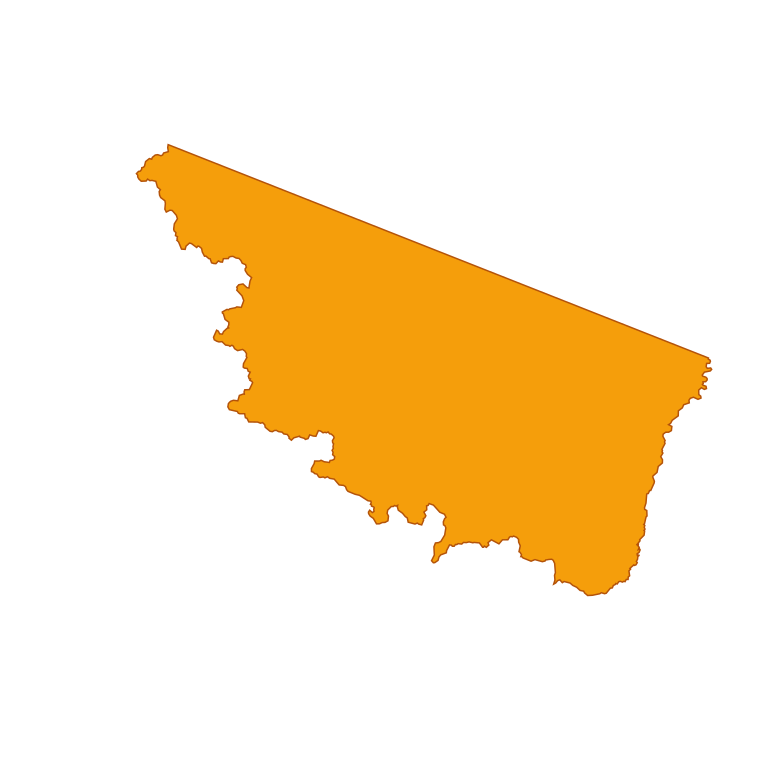 outline of Minas, Neuquén, Argentina, rotated 290°
{"feature_id": "61730980B83273988840504", "entity_name": "Minas", "entity_type": "district", "adm_level": 2, "iso_a3": "ARG", "parent_name": "Argentina", "parent_adm1": "Neuquén", "projection": "robinson", "projection_center": [-70.936, -36.758], "detail": "fine", "context": "isolated", "style": "filled", "palette": "amber", "viewbox_px": 768, "rotation_deg": 290, "n_neighbors": 0, "source": "geoboundaries", "source_scale": "gbopen_adm2", "svg_char_len": 6144}
<svg xmlns="http://www.w3.org/2000/svg" viewBox="0 0 768 768"><g transform="rotate(290 384 384)"><path d="M535.1,99.3L532.2,99.9L528.6,101.9L525.7,97.9L523.4,97.6L522.2,96.3L522.1,92.9L520.9,90.7L517.7,88.8L515.8,88.8L515.6,86.4L511.5,83.9L506.9,84.4L505.5,83.9L504.4,82.4L502.8,82.8L500.7,82.2L499.8,80.6L497.0,79.4L496.0,81.2L494.4,81.7L492.8,83.5L491.5,86.5L493.4,91.1L495.7,91.8L495.0,94.4L496.0,96.4L496.4,100.3L491.6,103.7L490.1,107.4L488.0,106.9L484.7,108.5L482.8,110.4L481.2,115.5L478.9,116.8L473.3,118.3L471.1,120.6L474.1,123.4L474.6,125.7L471.5,131.2L468.6,133.4L462.8,132.2L457.6,133.4L456.1,134.4L455.1,136.7L452.1,137.3L451.8,139.6L450.1,139.7L449.4,140.4L448.3,140.1L447.2,142.4L441.5,147.6L442.5,151.1L445.8,150.8L449.9,153.0L450.1,155.0L448.2,161.3L450.0,162.0L450.1,163.2L449.0,166.2L445.8,168.2L442.7,171.6L443.3,172.9L441.9,176.5L442.2,177.8L438.9,180.5L439.0,182.8L439.6,184.9L443.0,186.3L442.7,188.5L443.3,190.5L446.8,190.2L448.6,194.8L450.2,195.0L451.3,196.3L452.3,198.4L451.8,201.9L452.4,204.8L451.2,207.2L449.0,209.5L448.8,213.1L446.6,214.7L444.8,214.1L443.1,214.8L440.4,218.3L438.7,223.2L434.9,222.9L428.0,224.2L427.7,222.2L429.8,217.3L427.6,213.6L424.6,212.5L423.6,213.5L421.8,213.6L418.3,220.4L414.4,223.7L407.2,223.7L406.1,219.3L404.8,218.2L401.9,213.4L400.6,212.5L400.4,210.9L396.4,207.4L395.4,207.9L395.1,209.0L390.3,212.6L389.0,217.1L386.5,217.9L384.1,217.8L383.6,218.8L382.6,217.5L378.4,215.3L375.6,215.1L374.9,212.4L377.0,210.2L377.3,208.3L369.6,207.8L367.5,209.4L367.0,212.3L367.1,214.5L368.4,217.3L366.4,221.8L367.1,225.2L366.7,226.3L368.4,227.8L368.0,229.5L366.1,231.5L365.3,235.0L368.1,239.3L367.4,241.9L365.5,244.4L362.7,245.2L362.1,246.1L355.1,245.0L351.7,245.9L351.2,247.3L351.8,250.2L349.5,252.1L349.4,254.2L345.0,253.8L342.8,255.5L343.1,256.7L341.6,256.7L341.3,258.9L340.3,260.1L332.7,259.4L330.9,255.1L328.8,255.2L326.7,256.2L326.4,255.1L323.8,252.0L318.2,252.4L317.2,248.1L315.3,245.8L313.8,245.0L312.3,244.5L309.1,245.1L307.0,247.5L308.0,255.6L306.7,257.1L306.7,258.6L308.4,263.2L304.9,265.3L304.9,267.0L302.1,269.9L305.0,278.3L304.9,281.3L306.2,283.1L304.9,285.9L302.7,287.2L300.6,293.1L301.0,295.4L302.8,296.9L303.6,298.7L303.2,301.2L303.9,304.7L302.8,306.9L303.5,310.4L301.7,313.0L300.6,313.2L299.5,316.2L302.6,317.7L306.1,322.5L305.4,323.3L305.7,327.9L305.0,329.0L306.7,331.3L310.8,331.6L310.9,335.3L311.6,337.9L317.8,338.3L318.1,340.5L317.3,343.4L318.5,345.1L318.4,346.4L319.8,347.9L318.6,350.0L318.9,351.6L317.7,354.5L316.4,355.5L313.1,354.9L311.2,355.9L310.7,357.0L307.6,357.5L306.2,358.4L303.9,357.9L302.4,359.5L300.0,359.9L298.9,362.5L296.4,363.0L294.7,361.5L293.7,359.5L291.6,359.5L290.5,354.5L290.8,350.9L289.6,349.8L287.9,345.2L285.4,345.6L279.7,344.7L276.9,345.8L276.9,347.9L276.1,349.4L276.4,351.9L274.4,354.4L274.3,355.8L275.9,358.8L275.6,360.6L277.5,362.5L276.8,365.4L277.6,369.7L273.8,376.4L274.9,380.7L274.4,382.9L271.9,385.0L270.8,386.9L270.5,394.6L271.0,398.9L268.8,408.8L269.4,411.7L268.0,412.6L266.3,412.4L266.2,413.5L265.0,414.0L264.9,416.5L264.3,417.2L263.0,417.1L260.8,418.2L259.2,417.0L260.5,413.7L258.3,413.2L256.9,413.9L255.1,416.2L254.1,419.9L250.0,424.8L251.1,427.6L253.2,429.7L254.3,432.3L256.8,434.5L261.4,433.4L263.4,431.2L266.8,430.6L271.3,432.7L272.2,434.8L273.4,435.4L273.4,437.1L274.6,438.3L273.2,438.5L270.3,440.6L268.9,445.6L266.7,449.3L266.1,451.7L262.4,454.0L263.0,461.0L264.7,462.9L264.2,464.6L264.5,467.6L269.7,467.8L270.9,467.0L272.3,468.1L274.5,468.4L277.3,465.3L280.4,467.2L284.1,465.7L285.0,467.0L287.1,467.3L287.1,471.9L282.6,480.3L282.3,485.4L279.9,487.9L278.3,487.0L274.7,486.9L272.0,488.1L271.6,489.8L270.0,491.3L262.8,492.7L255.6,491.3L253.7,489.6L252.2,486.7L248.1,486.6L240.5,489.8L234.2,489.1L232.9,491.5L233.5,492.8L236.7,495.1L240.2,494.8L242.8,495.7L246.7,500.3L248.8,499.8L255.2,500.6L255.6,502.4L254.9,503.7L255.6,505.5L257.6,506.0L258.0,507.3L259.3,508.2L260.2,511.8L262.3,512.9L263.1,515.6L264.7,517.9L265.2,521.9L265.9,522.7L267.3,528.0L264.3,532.5L264.7,533.4L266.0,533.7L265.5,536.0L268.5,537.6L270.5,536.0L274.3,538.2L273.1,546.7L278.1,548.6L280.0,553.7L283.1,554.3L284.1,555.4L284.3,556.9L285.4,557.7L285.3,561.1L284.1,563.5L281.5,564.6L278.5,567.4L272.6,568.2L272.4,569.4L270.6,571.6L268.6,571.6L268.9,572.4L268.1,574.1L267.8,582.8L270.6,585.9L271.2,593.6L272.8,595.9L273.9,596.1L275.6,599.1L276.7,601.6L276.2,603.3L273.8,605.7L265.3,609.6L262.5,609.7L258.2,611.7L254.0,611.9L255.7,613.4L258.6,614.4L260.1,616.2L258.3,619.5L260.0,620.8L260.6,626.9L259.3,630.3L258.9,634.6L257.1,638.8L257.6,642.5L256.3,643.9L254.9,647.7L256.8,652.2L260.7,658.5L262.2,659.6L262.4,663.0L263.4,664.4L269.5,666.5L270.5,668.3L273.1,668.4L274.7,669.9L275.8,670.0L275.8,671.5L278.5,672.2L279.4,673.6L279.4,675.8L280.7,677.0L280.7,678.1L283.2,678.5L283.8,680.2L286.2,679.5L287.8,680.4L292.1,678.1L294.4,679.0L294.8,678.1L299.4,680.6L299.1,681.2L300.2,682.6L302.7,683.1L303.6,681.8L306.0,682.2L308.8,681.5L310.0,682.3L310.4,681.9L309.6,680.7L310.9,679.9L313.0,681.3L315.7,681.4L316.4,680.6L315.4,679.6L317.8,679.7L318.7,678.2L320.0,677.9L319.3,677.2L319.5,676.6L324.2,678.2L325.2,677.5L330.9,680.1L335.0,679.2L335.3,678.4L336.9,678.9L338.4,677.5L340.2,677.5L340.9,676.1L341.7,676.6L348.6,675.7L349.9,676.3L355.0,674.2L355.4,671.8L356.9,671.1L361.7,670.9L370.1,668.6L370.9,668.7L371.5,669.8L374.7,670.0L375.2,671.1L383.3,671.7L385.0,671.4L388.6,668.3L389.6,668.2L394.3,670.8L400.3,669.9L405.0,672.6L408.1,671.6L410.4,668.9L414.5,669.7L415.2,668.5L416.8,668.4L417.6,667.5L424.3,668.4L425.5,667.4L427.0,667.5L430.3,663.9L432.4,663.5L435.0,665.2L436.1,668.0L438.5,670.0L442.6,669.0L443.1,665.3L445.2,666.8L448.4,667.2L454.7,671.4L459.5,669.8L463.6,672.5L467.0,672.7L470.7,677.3L473.1,676.1L475.3,676.7L477.4,679.3L477.0,684.3L479.2,686.7L480.9,685.8L481.7,683.5L485.9,681.8L489.0,683.5L488.5,686.9L490.0,688.6L492.0,687.4L492.0,684.1L492.6,683.3L493.6,683.8L495.1,683.0L496.2,685.5L498.4,686.3L499.7,685.7L500.5,684.1L500.4,680.7L501.2,680.0L504.7,681.0L507.9,686.2L509.8,686.9L510.8,685.5L509.3,682.5L510.4,680.8L513.7,680.1L514.8,682.9L516.9,683.0L517.9,682.3L518.3,680.2L519.4,680.0L535.1,99.3Z" fill="#f59e0b" stroke="#b45309" stroke-width="1.5"/></g></svg>